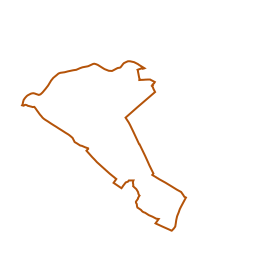 outline of Seitin, Arad, Romania, rotated 129°
{"feature_id": "2599482B44381411397281", "entity_name": "Seitin", "entity_type": "district", "adm_level": 2, "iso_a3": "ROU", "parent_name": "Romania", "parent_adm1": "Arad", "projection": "natural_earth1", "projection_center": [20.85, 46.157], "detail": "fine", "context": "isolated", "style": "outline", "palette": "amber", "viewbox_px": 256, "rotation_deg": 129, "n_neighbors": 0, "source": "geoboundaries", "source_scale": "gbopen_adm2", "svg_char_len": 3144}
<svg xmlns="http://www.w3.org/2000/svg" viewBox="0 0 256 256"><g transform="rotate(129 128 128)"><path d="M177.0,224.6L176.3,223.1L175.5,222.9L175.2,222.8L174.6,222.4L174.1,221.5L173.9,220.7L173.8,219.8L173.7,219.7L173.6,219.4L173.1,218.4L172.8,217.7L172.3,216.7L171.9,215.7L171.8,215.4L171.4,214.9L171.2,214.7L170.9,214.5L170.6,214.2L170.6,213.8L170.7,213.2L170.9,212.5L171.2,211.3L171.7,209.7L172.2,207.7L172.5,206.7L173.0,204.8L173.4,202.4L173.7,201.2L173.8,199.9L173.8,198.9L173.7,197.7L173.7,197.4L173.5,195.9L173.3,194.2L173.0,190.8L172.6,187.3L172.2,184.2L172.0,182.1L171.5,178.1L171.0,173.5L170.6,170.6L170.5,169.2L170.5,167.0L170.6,164.8L172.5,160.6L172.1,158.0L171.7,154.2L170.9,152.6L169.9,149.0L168.9,146.2L169.3,145.8L171.8,146.0L173.2,137.3L173.6,133.9L174.1,130.6L174.5,123.1L175.0,113.4L175.0,105.0L179.7,104.7L178.9,95.2L177.9,95.2L176.0,95.4L171.7,95.5L169.8,94.3L168.6,94.3L168.2,94.3L165.4,90.8L165.9,90.7L166.6,90.2L167.4,89.8L167.7,89.5L168.3,88.7L168.7,88.3L169.0,88.0L169.4,87.7L169.7,87.6L170.0,87.4L170.0,87.1L170.1,86.2L170.2,84.1L170.3,83.0L170.7,81.9L171.4,80.0L171.5,79.8L171.8,79.4L172.3,78.9L172.6,78.4L172.8,78.1L173.0,77.6L173.2,77.2L173.3,76.8L173.3,76.5L175.2,76.3L175.8,76.2L176.2,76.1L176.3,75.9L176.6,75.7L180.0,75.5L180.4,75.4L180.7,75.1L181.1,74.7L181.2,74.3L181.4,73.8L181.6,73.3L181.9,73.0L183.0,71.9L183.9,70.6L183.7,68.9L183.5,66.5L183.5,66.2L183.8,64.7L183.8,64.1L183.7,63.1L183.1,61.4L182.6,56.9L181.5,53.1L180.7,49.0L179.4,46.9L184.8,46.6L184.7,46.2L184.6,45.7L184.5,45.3L184.2,44.2L182.9,39.1L180.8,31.3L180.5,29.9L180.4,29.6L180.3,29.4L177.4,29.1L175.7,29.2L174.8,29.3L172.3,30.7L169.3,32.5L166.9,33.7L165.9,34.2L164.7,34.6L161.7,35.5L160.6,35.9L158.7,36.6L157.0,37.0L155.6,37.3L145.6,39.2L146.0,41.0L145.4,42.6L144.3,46.4L145.2,51.4L145.9,57.0L146.9,64.4L148.1,71.2L149.2,79.4L149.2,79.6L147.4,79.6L143.5,88.0L141.8,91.3L138.9,97.1L133.4,108.8L133.6,109.1L127.9,120.8L124.4,128.2L123.3,130.8L121.5,136.4L106.1,133.8L83.0,129.6L81.6,132.8L81.4,133.2L80.7,134.2L80.3,135.9L79.2,135.6L79.0,136.2L78.5,136.2L76.9,135.9L75.4,136.1L76.2,140.1L76.4,141.3L77.2,142.3L79.0,144.4L80.7,146.2L82.3,148.0L83.6,149.4L83.2,149.7L82.5,149.8L82.2,150.6L80.0,153.2L78.4,155.1L78.1,155.5L77.3,156.3L77.0,156.7L76.8,157.2L76.0,156.8L74.8,156.0L74.0,155.5L73.4,155.3L73.1,154.7L72.8,153.9L72.4,153.4L72.5,153.4L71.9,153.2L71.2,152.8L72.0,158.8L72.1,160.6L73.0,164.7L74.9,168.5L76.1,170.0L77.8,170.9L80.2,172.0L81.6,172.1L83.7,172.0L85.7,172.0L86.6,172.6L87.8,173.7L88.8,174.2L91.9,175.5L93.7,176.3L95.6,178.9L97.0,183.3L97.3,185.6L97.7,188.9L98.0,191.3L98.6,193.2L99.3,194.7L100.3,195.5L104.8,197.7L105.5,198.2L109.5,201.6L111.8,203.0L115.3,204.8L117.7,207.0L121.9,210.4L124.5,212.3L127.7,215.3L129.4,216.3L131.6,216.7L136.0,217.6L139.5,217.6L145.3,216.8L149.5,216.7L154.3,216.8L156.9,217.2L158.4,218.1L159.4,220.7L159.9,222.2L160.5,223.4L161.4,224.3L162.5,225.1L165.5,226.4L166.1,226.6L166.6,226.7L167.3,226.8L168.9,226.9L169.4,226.9L170.4,226.9L170.6,226.8L171.0,226.8L171.5,226.8L172.0,226.7L172.6,226.4L173.6,226.0L174.6,225.5L175.9,224.8L177.0,224.6Z" fill="none" stroke="#b45309" stroke-width="2"/></g></svg>